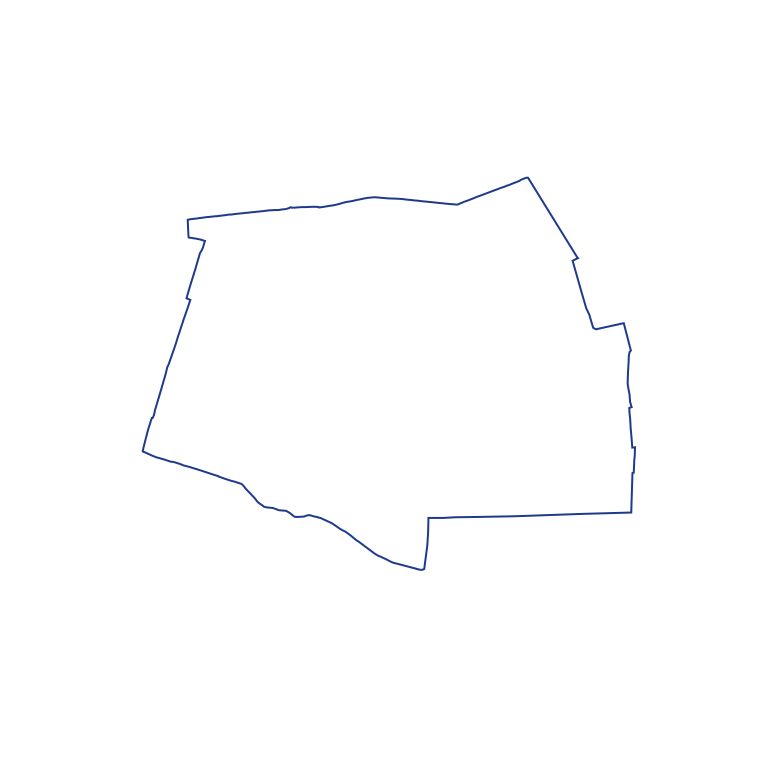 outline of Rascaeti, Dâmbovita, Romania, rotated 325°
{"feature_id": "2599482B15564462831456", "entity_name": "Rascaeti", "entity_type": "district", "adm_level": 2, "iso_a3": "ROU", "parent_name": "Romania", "parent_adm1": "Dâmbovita", "projection": "equal_earth", "projection_center": [25.264, 44.589], "detail": "fine", "context": "isolated", "style": "outline", "palette": "blue", "viewbox_px": 768, "rotation_deg": 325, "n_neighbors": 0, "source": "geoboundaries", "source_scale": "gbopen_adm2", "svg_char_len": 5830}
<svg xmlns="http://www.w3.org/2000/svg" viewBox="0 0 768 768"><g transform="rotate(325 384 384)"><path d="M512.8,631.1L532.9,604.2L536.5,599.4L536.9,599.5L537.7,599.9L545.2,590.1L548.1,586.8L553.3,579.8L550.9,578.5L556.3,569.4L560.4,562.2L565.6,553.8L568.2,549.1L570.6,545.1L571.2,544.3L573.6,545.0L575.3,539.8L577.2,536.7L579.4,532.8L581.4,528.3L583.2,524.5L584.7,522.2L590.4,514.6L596.9,506.4L600.9,501.1L603.6,498.7L605.4,498.2L615.3,471.7L588.9,460.7L587.6,457.9L589.7,451.5L591.9,445.1L593.1,438.0L598.4,422.3L609.2,391.2L615.1,392.1L614.9,391.6L620.3,297.6L619.1,296.8L616.4,296.0L613.8,295.4L613.0,295.3L612.2,295.3L611.4,295.3L607.7,294.4L603.3,293.3L601.2,292.9L599.9,292.6L598.6,292.0L596.7,291.7L595.1,291.3L594.3,291.0L590.3,289.9L588.6,289.5L586.0,288.8L574.6,285.9L567.0,283.9L564.6,283.4L559.7,282.2L556.9,281.5L553.9,280.6L552.8,280.4L551.6,280.2L551.3,280.1L550.8,279.9L549.9,279.7L549.0,279.6L548.3,279.5L547.7,279.4L547.1,279.1L546.4,278.7L545.1,277.6L543.5,276.3L541.6,274.7L540.2,273.5L538.8,272.3L537.3,271.1L535.6,269.5L533.7,267.9L531.6,266.1L529.3,264.1L527.4,262.4L525.3,260.7L523.9,259.4L522.1,257.9L520.1,256.2L518.2,254.5L516.8,253.2L515.7,252.3L513.9,250.8L512.7,249.7L511.0,248.2L509.4,246.9L508.3,245.9L507.3,245.0L506.5,244.3L505.9,243.7L505.2,243.1L504.8,242.7L503.6,241.8L502.8,241.1L501.8,240.4L500.8,239.6L499.9,238.8L499.2,238.4L498.6,237.9L497.8,237.3L496.8,236.6L495.7,235.7L495.0,235.3L494.4,234.7L493.8,234.2L493.3,233.9L493.0,233.7L492.8,233.5L492.1,232.9L483.7,225.8L480.8,224.1L480.5,223.9L479.2,223.2L477.8,222.4L476.5,221.7L474.5,220.8L474.2,220.7L472.4,219.9L468.9,218.4L466.9,217.5L464.6,216.6L463.2,216.0L460.3,214.7L457.9,213.5L456.5,212.9L456.4,212.8L453.5,211.8L448.8,210.2L444.9,208.5L443.1,207.6L440.9,206.5L434.8,203.6L432.2,202.2L431.9,202.0L432.0,201.7L431.3,200.9L429.9,199.9L427.8,198.3L424.5,196.2L421.2,194.1L419.5,192.9L416.9,191.2L414.9,190.0L413.2,189.0L412.0,188.4L411.5,187.9L411.1,187.6L410.8,187.5L410.3,187.2L409.7,186.8L409.3,186.2L409.0,185.8L408.8,185.6L408.6,185.5L408.0,185.5L407.5,185.5L406.9,185.4L404.6,184.6L403.5,184.2L401.8,183.2L400.7,182.6L399.7,182.1L398.0,181.3L396.8,180.6L395.8,180.0L395.2,179.5L394.3,178.8L393.1,178.2L392.1,177.5L390.9,176.8L390.2,176.3L390.0,176.1L389.8,176.0L389.0,175.6L388.6,175.4L388.4,175.3L387.7,174.9L387.0,174.6L386.9,174.5L386.3,174.2L385.5,173.7L384.8,173.4L384.6,173.3L383.5,172.7L383.2,172.5L382.2,172.0L381.6,171.6L381.3,171.5L381.0,171.3L379.7,170.6L378.4,169.8L376.7,168.9L375.5,168.2L375.0,167.9L373.7,167.2L372.4,166.5L371.9,166.2L370.9,165.7L370.3,165.3L370.2,165.3L369.7,165.0L368.7,164.4L368.0,164.0L367.1,163.6L366.0,162.9L364.8,162.3L363.1,161.3L362.0,160.7L361.7,160.6L361.2,160.3L361.0,160.1L360.1,159.7L358.9,159.0L358.3,158.7L357.3,158.2L357.1,158.1L356.8,157.9L356.7,157.9L356.3,157.7L355.8,157.4L355.3,157.1L355.0,156.8L354.6,156.6L354.4,156.4L353.9,156.1L353.3,155.9L353.1,155.8L352.0,155.2L351.3,154.9L350.3,154.4L349.7,154.1L349.2,153.8L348.2,153.2L347.0,152.6L346.4,152.3L345.3,151.7L344.0,151.0L343.5,150.8L342.8,150.3L342.2,149.9L340.8,149.2L340.2,148.8L339.9,148.7L338.6,147.9L337.5,147.4L336.9,147.0L336.5,146.8L336.0,146.5L335.0,145.9L333.6,145.1L333.1,144.9L331.7,144.2L330.2,143.4L329.4,143.0L328.7,142.6L327.2,141.8L326.4,141.5L324.8,140.6L324.5,140.4L324.0,140.2L322.4,139.3L321.2,138.7L320.5,138.3L319.6,137.8L318.8,137.5L318.5,137.4L317.7,137.0L317.4,136.9L310.1,148.4L308.1,151.7L308.1,152.0L308.2,152.3L309.7,153.5L310.5,154.3L310.7,154.6L311.4,155.1L312.1,155.9L312.7,156.4L313.7,157.4L315.1,158.9L315.4,159.2L315.8,159.6L317.1,161.1L317.6,161.8L318.8,163.4L319.4,164.1L319.1,164.3L314.8,167.7L313.8,168.5L310.9,170.2L309.2,170.8L307.6,171.8L305.2,173.8L302.0,176.3L295.7,181.4L289.9,185.9L281.2,192.6L271.4,200.5L273.6,204.0L268.4,207.9L258.6,215.0L256.5,216.4L256.4,216.6L256.1,216.7L255.9,216.9L254.6,218.0L254.2,218.3L253.7,218.6L253.4,218.8L244.5,225.5L243.7,226.0L236.7,231.5L229.3,236.9L219.3,244.1L217.8,245.0L216.3,245.8L213.5,248.2L210.9,250.6L210.6,250.8L191.9,265.8L191.7,265.9L184.8,271.4L181.0,274.4L177.8,277.5L175.1,279.1L174.9,279.1L174.3,278.7L173.8,279.0L172.8,279.9L172.1,280.3L170.9,281.2L170.2,281.8L169.6,282.3L168.6,283.0L167.3,284.0L164.3,286.3L163.7,286.8L162.8,287.6L161.9,288.3L161.8,288.5L158.4,291.3L157.4,292.2L150.9,297.8L150.7,298.0L148.3,300.2L147.9,300.5L147.7,300.8L147.9,301.3L148.7,302.4L148.9,302.7L153.1,309.9L154.8,312.4L155.6,313.7L156.4,314.5L157.9,316.4L160.9,320.1L163.3,323.3L165.0,325.6L166.4,326.6L169.3,330.2L171.8,333.6L172.7,335.2L174.7,337.6L177.4,340.7L178.8,342.7L181.4,345.9L185.2,350.9L189.2,356.3L193.0,361.3L195.5,364.6L195.4,364.9L197.7,368.1L199.1,370.1L203.1,375.4L206.0,378.8L209.8,383.9L210.2,384.9L210.5,387.0L210.7,390.4L211.3,394.8L211.9,398.5L212.3,401.2L212.7,404.1L212.7,407.1L213.4,410.3L214.8,413.7L215.2,415.5L217.2,417.9L219.9,420.1L220.1,420.3L222.0,422.0L223.7,424.5L225.8,427.4L229.5,430.4L231.0,431.7L231.9,433.5L232.9,435.8L233.6,438.0L234.1,440.0L234.7,441.6L236.3,442.9L240.9,445.8L242.7,446.8L245.0,447.4L246.9,448.1L248.7,449.7L250.4,452.0L253.3,455.0L253.5,455.3L253.5,455.6L255.0,457.1L258.8,463.6L261.4,468.0L263.3,473.0L264.7,476.9L266.2,480.2L267.6,482.6L269.7,488.6L270.8,492.6L271.8,496.2L272.8,498.6L278.7,516.5L278.8,516.8L279.0,517.4L279.4,518.3L279.8,519.3L279.9,519.6L280.1,520.0L281.1,522.0L281.4,522.5L282.1,523.3L282.4,523.7L283.0,525.0L285.0,528.3L285.7,529.7L286.8,531.8L287.4,533.0L287.9,533.9L288.7,535.2L289.0,535.5L289.2,535.9L289.4,536.2L289.8,536.7L290.0,536.9L290.2,537.0L306.6,556.4L306.8,556.7L307.4,557.2L308.1,557.7L308.9,558.1L309.3,558.3L309.8,558.4L310.9,558.6L313.3,555.9L326.7,541.3L335.0,530.9L343.6,519.2L355.4,527.5L365.9,534.0L372.2,538.3L382.2,545.1L413.7,566.3L419.8,570.3L470.5,603.2L512.8,631.1Z" fill="none" stroke="#1e3a8a" stroke-width="2"/></g></svg>